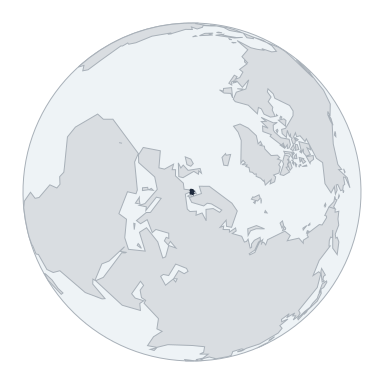 the Earth from above Midtjylland, rotated 92°
{"feature_id": "DNK-3416", "entity_name": "Midtjylland", "entity_type": "Region", "adm_level": 1, "iso_a3": "DNK", "parent_name": "Denmark", "parent_adm1": "", "projection": "orthographic", "projection_center": [9.543, 56.244], "detail": "fine", "context": "on_globe", "style": "filled", "palette": "slate", "viewbox_px": 384, "rotation_deg": 92, "n_neighbors": 0, "source": "natural_earth", "source_scale": "10m", "svg_char_len": 11789}
<svg xmlns="http://www.w3.org/2000/svg" viewBox="0 0 384 384"><g transform="rotate(92 192 192)"><circle cx="192" cy="192" r="169" fill="#eef3f6" stroke="#a8b0b8"/><path d="M23.0,192.8L23.7,193.8L24.9,183.9L25.1,179.6L24.4,179.2L26.3,163.3L28.8,153.7L44.4,110.3L48.1,104.1L51.5,99.7L73.4,75.2L56.1,92.5L61.5,85.6L68.9,77.7L68.6,78.6L78.7,70.2L85.7,64.1L99.2,56.9L111.3,56.7L106.7,59.1L110.1,59.0L116.1,56.2L119.2,54.3L139.1,52.5L159.4,47.2L164.2,43.2L164.5,46.2L172.3,37.3L182.3,34.3L172.0,39.3L171.8,41.1L179.0,39.6L180.3,41.1L184.6,41.4L185.5,43.5L179.4,46.6L179.9,48.1L185.0,47.0L189.2,48.6L181.6,49.9L188.0,53.0L179.0,59.4L158.0,62.5L154.0,68.8L134.9,79.6L137.6,80.8L132.0,86.0L133.1,89.4L129.2,90.7L133.4,92.4L136.7,90.5L139.6,90.7L140.6,92.6L135.8,94.5L134.7,93.9L133.7,95.4L131.0,95.6L132.9,96.6L127.0,98.9L134.1,99.6L130.5,103.9L126.3,104.6L125.1,100.7L112.2,93.7L107.5,93.8L102.1,97.5L95.5,112.4L91.0,114.3L86.2,119.7L89.3,120.2L94.3,116.3L99.0,119.0L104.5,114.2L107.3,114.7L113.6,111.5L114.4,116.3L111.7,122.7L106.5,125.6L105.2,128.6L111.6,129.4L103.3,138.8L100.2,151.9L97.9,154.0L90.7,151.2L87.1,141.7L77.9,139.2L85.6,145.3L79.7,150.9L79.4,153.9L80.7,156.3L83.7,156.0L82.0,159.0L73.8,153.8L75.2,151.0L77.8,152.6L76.0,148.3L70.4,145.3L67.8,148.7L62.1,141.6L60.2,144.0L57.9,144.0L61.3,140.5L55.0,146.8L47.9,141.2L39.1,152.2L45.8,138.2L47.1,131.9L47.8,125.5L46.3,127.2L49.2,117.2L48.5,112.5L43.0,117.3L37.9,126.3L35.0,136.4L36.6,136.0L35.9,142.5L31.3,146.4L29.2,160.3L26.5,165.9L25.2,173.1L25.4,178.5L25.3,186.7L27.0,187.3L28.9,192.5L27.1,198.3L29.6,197.3L29.7,204.1L34.6,218.5L33.8,218.7L37.7,237.5L44.8,253.3L46.5,260.4L45.3,261.4L48.5,266.5L48.5,268.2L63.6,287.8L73.5,300.2L74.7,305.4L69.3,304.4L71.1,310.0L69.5,308.4L61.1,298.8L53.4,288.6L46.5,277.9L40.4,266.7L35.2,255.0L30.9,243.0L27.5,230.7L25.1,218.2L23.6,205.5L23.0,192.8ZM36.6,154.8L34.5,173.9L33.3,166.3L33.9,167.0L35.0,161.4L36.1,152.8L35.7,146.7L36.6,154.8ZM41.1,155.8L41.2,152.9L41.4,155.3L41.1,155.8ZM120.4,53.4L116.1,56.0L110.2,58.1L113.6,55.7L120.4,53.4ZM131.7,50.2L130.1,51.7L126.4,51.2L128.5,50.5L131.7,50.2ZM167.3,40.1L163.5,41.3L166.7,39.7L167.3,40.1ZM185.0,41.1L185.7,40.3L187.6,40.8L185.0,41.1ZM112.7,109.2L113.1,110.3L111.7,110.3L112.7,109.2ZM115.1,106.8L113.2,106.0L114.0,104.8L115.2,105.3L115.1,106.8ZM190.8,44.5L193.7,45.7L189.7,45.0L190.8,44.5ZM117.2,108.2L115.7,102.7L117.2,100.6L122.9,100.9L117.2,108.2ZM194.7,46.8L201.8,49.9L203.8,48.3L202.1,54.6L196.6,49.8L191.3,49.1L194.5,48.3L194.7,46.8ZM137.3,89.1L133.9,91.2L135.9,87.7L137.3,89.1ZM137.9,86.9L140.1,76.7L145.7,74.9L143.8,78.6L150.4,75.0L152.1,79.1L148.9,82.0L144.9,82.3L148.6,83.7L137.9,86.9ZM199.9,57.8L200.7,59.1L198.7,58.3L199.9,57.8ZM141.0,90.5L140.9,88.5L145.8,86.7L146.8,90.4L144.9,89.8L141.0,90.5ZM151.3,72.2L155.1,71.6L157.6,74.7L159.4,75.0L152.7,79.0L151.3,72.2ZM144.3,91.2L147.2,92.4L145.7,95.0L141.4,92.3L144.3,91.2ZM146.6,84.8L148.9,84.2L148.0,85.7L146.6,84.8ZM142.2,105.3L142.0,102.8L144.6,101.6L142.2,105.3ZM148.4,92.6L148.9,91.7L149.8,91.1L151.4,92.4L148.4,92.6ZM154.8,81.0L155.0,82.5L157.7,79.5L159.6,81.9L154.8,84.2L157.7,84.2L158.3,85.0L153.7,86.1L154.8,81.0ZM156.0,91.7L150.5,95.8L150.3,100.6L148.1,101.7L148.8,93.8L156.0,91.7ZM155.0,88.3L155.1,90.6L152.3,90.7L150.5,89.2L155.0,88.3ZM162.7,82.7L161.0,78.5L162.1,78.1L162.7,82.7ZM156.5,93.1L157.8,92.1L156.8,93.4L156.5,93.1ZM161.4,85.8L160.6,84.3L161.9,84.0L161.4,85.8ZM161.0,91.4L159.3,92.7L158.0,91.6L161.0,91.4ZM161.6,88.8L163.6,88.7L158.6,90.5L161.1,88.2L161.6,88.8ZM162.7,85.7L163.2,85.0L162.9,86.4L162.7,85.7ZM166.9,94.8L160.9,97.3L158.1,94.9L164.3,92.8L166.9,94.8ZM360.6,180.9L360.7,183.0L359.9,180.1L359.4,182.2L357.6,175.2L353.5,170.2L353.7,178.7L351.8,174.8L346.2,174.0L345.4,186.0L345.4,210.8L348.5,221.7L347.1,231.1L338.0,225.4L332.3,217.0L330.0,222.3L319.7,221.1L304.8,236.1L301.9,234.5L299.3,238.8L291.9,240.4L287.0,237.1L283.0,240.4L295.8,248.8L300.0,245.1L302.4,236.4L305.2,240.3L312.2,239.4L307.6,257.8L284.0,285.2L280.4,277.6L255.2,260.1L255.2,256.6L255.0,256.2L254.6,255.7L253.8,261.8L249.0,257.5L263.9,272.5L267.0,279.6L283.7,285.9L282.5,288.0L287.5,288.0L301.6,275.2L302.0,278.1L296.2,295.2L275.3,321.3L277.3,327.9L274.5,334.3L259.8,343.3L259.4,345.7L251.6,349.2L249.9,350.4L242.7,353.2L237.9,354.6L225.8,357.5L213.5,359.6L206.9,359.2L197.9,353.4L203.8,348.6L202.8,344.6L189.8,334.3L192.7,327.2L188.9,324.2L181.3,324.8L176.7,320.8L172.0,320.4L141.3,318.4L131.2,310.8L117.4,289.0L122.4,283.1L122.0,273.6L155.4,247.0L164.0,250.4L191.9,246.7L195.7,247.9L194.0,256.5L216.2,264.3L221.5,256.5L240.1,257.6L251.5,253.5L252.7,236.7L234.1,243.1L229.3,236.2L243.0,224.5L259.0,218.9L257.7,216.1L246.3,213.4L248.6,206.0L242.1,211.9L245.7,214.0L241.8,217.9L238.2,216.2L239.2,213.6L234.0,213.8L230.7,226.8L234.0,230.3L221.2,235.8L225.5,242.3L222.5,246.5L214.1,237.0L213.9,232.8L199.4,222.6L198.4,227.4L212.1,237.5L208.4,237.1L207.2,244.2L205.2,238.6L190.6,226.8L178.2,229.8L164.5,246.3L156.8,246.8L149.2,242.3L151.9,225.1L169.0,225.9L170.1,220.3L164.8,211.4L170.4,212.6L170.3,209.2L176.5,209.1L183.4,201.0L189.5,200.0L190.4,189.4L193.6,187.6L192.2,194.3L194.4,198.6L209.3,196.1L211.6,193.4L211.0,186.9L215.1,187.2L212.6,181.2L220.3,176.8L208.9,177.4L207.8,170.2L211.4,163.7L209.0,161.6L203.2,172.2L202.7,176.4L205.5,179.8L202.4,191.9L197.7,194.5L193.2,182.5L186.0,184.9L185.7,174.9L201.8,151.7L209.4,146.1L225.9,151.2L225.1,156.3L218.9,156.9L226.3,162.7L224.9,159.1L228.4,159.6L228.3,153.2L230.7,153.2L226.4,147.2L229.4,146.5L232.1,150.3L234.5,140.8L240.2,137.9L239.5,135.8L237.2,134.3L246.0,131.9L245.2,130.5L241.9,130.7L238.1,128.0L234.9,122.4L238.1,121.9L239.7,123.8L247.9,127.3L251.8,132.7L252.8,132.0L250.2,127.1L240.1,122.9L237.2,119.7L242.2,121.0L240.2,120.3L239.7,118.6L242.3,116.5L237.0,114.8L227.9,97.8L232.0,92.3L237.4,95.1L234.4,83.6L239.3,79.0L236.3,79.1L232.9,74.1L231.3,75.4L229.6,75.2L220.1,63.6L220.4,60.8L213.0,56.6L211.4,56.7L210.8,58.5L202.1,54.6L203.8,48.3L207.2,48.3L206.1,44.6L213.9,45.2L219.9,44.2L229.2,47.4L233.1,46.6L232.2,45.3L236.8,43.5L249.5,44.7L243.3,49.4L225.0,50.0L232.8,50.1L232.2,51.9L235.8,53.1L241.2,53.2L241.1,52.0L255.9,62.5L271.3,68.1L267.3,62.6L269.1,60.4L283.1,63.5L306.7,81.3L309.3,79.7L312.3,81.3L316.3,86.4L312.1,84.1L312.3,87.1L309.3,85.1L314.3,93.0L310.2,90.6L316.2,98.1L318.5,97.9L315.6,91.7L322.5,99.6L325.0,97.2L329.9,100.9L341.5,119.2L346.3,132.2L347.6,134.5L347.0,136.9L350.0,145.7L353.9,147.0L355.1,149.9L358.3,164.4L357.7,162.5L356.3,168.9L358.8,177.7L359.9,174.6L360.3,177.0L360.6,180.9ZM145.7,263.6L145.2,266.6L145.7,263.6ZM277.4,220.4L286.1,215.2L279.7,207.8L282.5,205.2L279.3,203.8L279.2,207.3L271.0,202.6L273.9,197.0L271.5,193.2L268.5,194.8L264.6,205.8L276.3,212.4L275.4,217.8L277.4,220.4ZM34.8,218.9L35.2,221.7L34.3,219.5L34.8,218.9ZM31.9,167.5L32.0,170.6L31.7,173.1L31.3,171.0L31.9,167.5ZM36.1,192.9L36.9,196.9L35.6,193.8L36.1,192.9ZM34.4,176.7L35.5,190.0L33.0,184.7L32.5,176.4L33.5,180.8L34.4,176.7ZM38.4,157.5L38.3,159.8L37.5,160.3L38.4,157.5ZM41.2,157.6L41.1,156.9L41.7,155.1L41.2,157.6ZM80.2,151.2L80.8,151.8L81.6,154.6L80.0,154.0L80.2,151.2ZM92.0,163.4L89.0,168.1L90.1,164.2L87.4,164.1L86.3,156.1L96.6,154.7L92.1,156.7L92.0,163.4ZM87.7,145.5L87.2,150.4L87.3,145.1L87.7,145.5ZM163.6,191.7L166.3,194.1L164.8,198.0L157.1,200.0L159.2,194.3L163.6,191.7ZM170.5,196.7L168.2,184.7L172.9,183.2L170.7,186.0L174.0,186.2L171.3,190.9L178.0,201.5L177.1,205.7L163.4,206.7L168.4,204.0L165.4,201.7L170.5,196.7ZM154.1,159.2L153.1,154.7L164.5,157.2L164.1,161.2L156.4,163.2L152.4,159.8L154.1,159.2ZM127.5,110.2L126.4,108.8L127.7,108.2L129.7,108.9L127.5,110.2ZM141.9,104.3L133.6,115.9L131.9,114.8L129.1,123.3L123.5,123.8L125.6,118.2L119.2,125.2L118.8,120.4L115.0,125.5L120.1,113.0L119.5,109.2L122.3,113.2L127.4,112.8L129.4,111.4L134.7,104.9L135.9,96.8L141.2,95.3L144.6,96.5L145.1,98.2L141.5,98.5L144.7,100.6L140.0,102.5L141.9,104.3ZM181.2,114.2L176.8,113.3L182.5,119.0L177.8,120.3L178.7,120.9L175.9,123.8L174.1,128.5L171.7,128.4L172.1,130.3L170.2,132.3L169.9,134.9L165.5,135.9L164.7,139.1L163.1,137.8L162.9,143.2L161.1,139.6L158.5,142.1L161.7,144.2L138.8,144.6L130.6,148.0L124.8,152.8L122.4,146.4L126.2,138.0L133.4,129.7L141.6,127.6L139.0,125.3L142.2,123.6L142.9,126.2L143.7,121.3L146.5,120.7L152.8,114.2L152.2,107.9L154.5,105.5L156.1,107.7L157.3,103.8L161.9,106.3L163.7,104.7L170.0,105.7L172.2,111.1L174.0,108.9L178.9,109.8L181.2,114.2ZM168.6,95.2L172.3,101.0L171.5,104.6L160.8,101.4L158.5,102.5L151.6,100.8L153.0,95.6L154.8,96.5L156.9,96.2L155.7,97.9L158.2,96.3L160.9,97.6L163.6,96.8L164.0,98.8L168.6,95.2ZM199.0,244.4L201.7,244.5L205.8,243.6L205.1,248.2L199.0,244.4ZM188.9,236.5L191.3,235.8L192.3,241.6L189.5,241.6L188.9,236.5ZM191.7,230.7L191.3,235.3L189.8,232.8L191.7,230.7ZM194.3,193.3L196.6,192.3L197.2,193.7L196.3,196.2L194.3,193.3ZM197.1,132.4L194.7,131.0L195.2,130.0L192.5,124.9L195.8,123.6L198.7,126.2L197.1,132.4ZM250.1,240.6L247.3,244.9L245.4,244.0L246.7,242.7L250.1,240.6ZM225.6,247.8L231.6,248.4L225.3,249.1L225.6,247.8ZM200.2,130.1L198.7,128.1L201.3,128.7L200.2,130.1ZM198.1,122.4L201.0,122.6L195.9,122.9L198.1,122.4ZM298.8,319.1L285.4,332.6L278.7,336.6L278.9,335.6L284.8,328.8L293.0,322.5L297.4,317.4L298.8,319.1ZM361.0,192.5L359.7,193.4L360.1,188.4L360.7,183.4L361.0,192.5ZM349.0,221.9L351.7,224.3L350.7,228.2L349.0,221.9ZM345.6,121.6L345.4,121.2L345.6,121.6ZM349.2,137.0L350.2,141.1L349.4,139.9L347.6,134.0L349.2,137.0ZM333.7,104.4L336.8,107.9L338.1,109.8L337.0,109.3L333.7,104.4ZM226.3,118.2L226.5,126.6L228.7,132.1L233.5,134.4L226.8,135.0L223.3,126.4L226.3,118.2ZM227.4,100.2L223.2,98.6L224.9,97.1L226.1,97.3L227.4,100.2ZM224.9,100.8L220.0,102.9L217.7,100.6L222.0,99.3L224.9,100.8ZM210.3,116.2L210.1,118.7L208.0,118.1L210.3,116.2ZM344.8,119.9L345.1,120.4L341.4,114.1L339.8,110.8L343.3,116.8L343.0,116.2L344.8,119.9ZM310.6,76.1L308.9,75.4L306.4,72.5L308.3,73.7L310.6,76.1ZM296.7,63.0L305.2,71.5L311.7,78.8L311.4,77.5L315.9,81.4L314.5,82.0L307.4,75.1L303.1,70.0L299.1,67.6L293.9,63.1L289.8,61.9L286.5,59.6L288.8,59.3L296.7,63.0ZM288.2,61.6L279.3,58.6L276.2,54.4L277.5,54.1L282.9,57.1L284.2,59.2L288.2,61.6ZM276.3,56.7L277.5,58.8L266.9,60.4L263.9,59.8L270.3,55.8L271.7,57.6L274.9,58.1L276.3,56.7ZM202.3,58.5L200.9,59.0L201.2,57.8L202.3,58.5ZM228.9,76.0L226.6,75.4L227.1,73.9L228.9,76.0ZM220.7,73.0L221.7,75.1L219.3,73.1L220.7,73.0ZM224.3,79.9L221.5,76.1L226.1,79.5L224.3,79.9Z" fill="#d9dde1" stroke="#a8b0b8" stroke-width="1"/><path d="M189.7,193.3L189.7,192.8L189.7,192.7L189.7,192.8L189.7,193.0L189.8,193.1L189.7,193.2L189.8,193.3L189.8,193.2L190.0,193.1L190.1,192.9L190.0,192.7L189.9,192.5L189.9,192.4L189.7,192.4L189.7,192.5L189.6,192.4L189.7,192.2L189.7,191.1L189.8,190.7L189.8,190.8L190.0,190.9L190.0,191.0L190.3,191.1L190.5,191.1L190.5,191.3L190.7,191.2L190.6,190.9L190.8,190.7L191.0,190.6L190.9,190.6L191.0,190.4L191.3,190.3L191.3,190.5L191.3,190.8L191.2,190.8L191.2,191.0L191.3,191.0L191.3,190.9L191.5,190.8L191.5,191.0L191.6,190.9L191.6,190.7L191.8,190.8L191.8,190.7L191.9,190.8L192.0,190.8L192.1,191.0L192.3,191.1L192.5,191.1L192.8,190.9L193.0,190.7L193.3,190.6L193.3,190.8L193.2,191.0L193.1,191.3L193.1,191.2L193.3,190.9L193.3,191.0L193.5,191.2L194.0,191.1L194.2,191.3L194.3,191.4L194.3,191.5L194.2,191.7L194.1,191.9L194.0,192.0L193.9,192.3L193.9,192.2L193.7,192.1L193.7,192.3L193.6,192.2L193.4,192.2L193.5,192.1L193.6,191.9L193.4,191.8L193.3,192.0L193.2,192.2L193.1,192.3L193.2,192.5L193.2,192.8L193.2,193.0L192.9,193.1L192.7,193.1L192.8,193.3L192.9,193.5L192.7,193.6L192.4,193.7L192.2,193.6L192.1,193.4L191.9,193.2L191.7,193.0L191.7,192.9L191.4,193.0L191.2,193.2L190.9,193.1L190.8,193.3L190.7,193.3L190.6,193.2L190.4,193.2L190.4,193.3L190.2,193.4L189.7,193.3ZM193.7,193.1L193.7,192.9L193.6,192.7L193.7,192.8L193.8,192.9L193.8,193.0L193.8,193.3L193.7,193.4L193.6,193.2L193.7,193.1ZM195.2,190.6L195.3,190.5L195.2,190.7L195.2,190.6Z" fill="#64748b" stroke="#1e293b" stroke-width="1.5"/></g></svg>